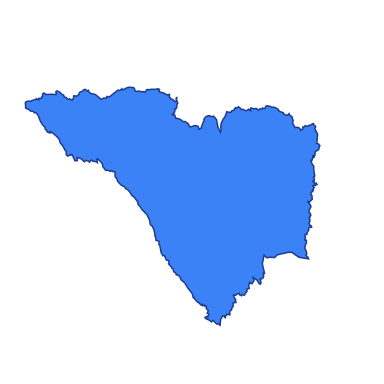 the district of Fenoarivobe, Bongolava, Madagascar, rotated 164°
{"feature_id": "10022922B23923498940873", "entity_name": "Fenoarivobe", "entity_type": "district", "adm_level": 2, "iso_a3": "MDG", "parent_name": "Madagascar", "parent_adm1": "Bongolava", "projection": "equal_earth", "projection_center": [46.41, -18.242], "detail": "fine", "context": "isolated", "style": "filled", "palette": "blue", "viewbox_px": 384, "rotation_deg": 164, "n_neighbors": 0, "source": "geoboundaries", "source_scale": "gbopen_adm2", "svg_char_len": 5943}
<svg xmlns="http://www.w3.org/2000/svg" viewBox="0 0 384 384"><g transform="rotate(164 192 192)"><path d="M211.4,64.8L209.0,61.7L207.3,62.9L206.9,62.7L204.9,58.6L204.4,58.1L202.6,58.0L202.4,56.8L201.8,56.1L199.4,62.0L198.2,62.7L197.5,63.9L196.6,64.5L195.8,64.2L194.7,62.0L194.4,62.3L194.1,64.0L192.8,63.9L192.0,65.0L189.6,63.5L189.0,64.3L189.1,65.8L188.0,67.4L186.5,67.7L185.5,69.8L183.8,70.8L183.4,73.7L181.6,74.0L180.3,73.6L180.0,74.2L180.4,75.1L179.7,76.4L180.7,80.1L180.7,81.1L180.3,81.5L178.6,80.7L177.8,81.2L174.6,81.6L174.4,79.7L173.5,79.5L173.1,78.7L172.2,79.5L170.4,78.4L169.7,78.6L168.4,80.2L166.6,81.1L166.2,83.4L163.6,83.6L163.2,86.7L161.4,89.3L160.5,87.7L159.6,87.3L157.0,89.5L156.7,93.1L154.9,90.5L153.9,89.8L152.6,85.0L151.5,84.6L150.5,86.4L150.5,89.5L149.1,89.3L147.4,89.8L146.4,91.1L145.8,94.3L144.7,93.8L144.2,103.6L140.1,111.4L138.1,108.1L134.9,107.8L130.6,106.2L127.4,108.1L116.5,107.5L112.8,106.6L107.2,99.8L98.4,95.6L98.5,97.2L99.9,99.6L98.7,101.0L98.5,104.4L99.1,106.3L98.7,107.7L97.0,110.8L96.0,111.6L95.4,113.8L95.5,114.3L96.7,114.5L96.8,115.1L95.5,117.0L95.4,119.4L94.8,120.0L93.3,119.5L92.7,120.9L90.1,123.5L90.0,124.9L89.3,125.6L88.0,125.6L86.8,125.1L86.5,125.4L87.0,127.1L87.7,127.3L88.1,128.1L88.0,130.3L86.9,131.0L86.9,132.0L86.2,132.8L86.6,134.9L85.2,135.5L85.0,136.2L84.2,136.9L84.2,138.9L85.2,139.7L84.5,142.1L81.7,145.0L81.8,147.4L83.5,150.5L82.8,151.0L81.7,150.1L78.4,151.9L77.7,155.6L78.4,157.2L78.0,158.2L76.5,159.2L75.8,159.2L76.0,160.4L75.5,160.8L74.8,160.5L74.3,162.1L73.2,162.7L74.2,164.5L73.8,165.0L73.0,165.1L71.5,164.2L70.7,165.3L69.8,164.9L70.1,166.3L72.1,166.8L72.1,167.8L72.9,168.7L72.6,169.2L71.6,168.8L70.7,170.8L71.2,172.9L70.6,173.3L69.9,173.1L69.5,174.2L68.8,180.1L67.8,183.2L68.9,186.2L69.0,189.6L67.6,189.6L67.4,190.7L66.7,191.0L65.7,193.6L65.2,193.4L65.3,191.9L65.0,191.8L64.6,192.9L63.7,193.4L62.6,196.5L60.6,197.4L58.9,197.5L56.3,201.4L57.1,203.2L58.6,204.4L55.3,213.0L56.4,218.4L56.2,219.6L55.2,220.5L55.2,221.3L56.2,222.4L56.4,224.3L57.5,224.4L59.9,223.3L61.1,224.0L62.6,223.0L64.8,224.6L66.3,223.7L67.6,223.9L68.3,221.8L70.5,221.4L70.4,222.3L71.8,224.6L73.7,225.4L74.5,225.3L75.3,226.0L76.3,230.7L75.0,232.9L75.3,234.0L75.0,236.2L75.3,237.1L76.8,238.5L77.1,240.6L79.2,239.5L80.7,240.0L82.3,241.8L82.4,243.0L85.7,245.4L86.6,248.1L89.6,250.9L92.0,251.5L93.1,252.7L96.0,254.2L97.2,254.2L98.7,252.3L100.1,252.5L101.0,253.3L102.2,252.4L103.7,253.2L105.6,252.5L107.3,254.7L109.8,254.8L111.2,256.1L112.4,256.6L113.2,255.5L113.3,254.0L114.9,256.0L116.3,255.3L118.0,255.3L120.3,257.5L122.1,257.8L122.8,259.9L123.8,261.1L125.3,260.3L126.7,261.1L127.2,260.2L128.1,260.5L128.8,259.1L131.4,259.1L132.4,258.0L134.8,258.5L136.4,259.6L139.5,255.3L142.1,253.3L145.0,249.9L146.6,246.3L146.9,243.7L148.2,241.6L149.2,246.9L148.5,254.9L150.3,258.9L152.7,259.2L154.6,260.8L157.6,260.7L160.4,258.9L160.9,256.7L161.9,256.2L165.9,250.7L168.0,250.4L168.0,253.3L170.4,255.0L176.0,255.0L176.4,255.7L176.8,258.7L179.1,261.6L181.1,262.1L182.7,264.4L184.4,266.0L187.2,267.4L187.5,271.2L189.4,271.5L189.4,272.2L188.2,272.5L186.7,273.6L185.1,276.9L184.5,276.4L183.3,277.6L182.3,280.4L181.2,281.3L181.2,283.2L181.7,284.3L180.6,286.9L181.1,286.9L181.6,285.9L181.9,283.7L183.4,283.5L185.1,286.4L186.7,287.1L187.0,288.5L187.8,289.1L187.2,290.3L186.8,292.1L188.6,291.8L192.8,295.6L195.1,296.8L196.1,298.1L195.0,299.4L196.1,300.6L198.6,300.7L203.2,302.1L204.8,302.0L206.4,302.8L207.5,302.7L208.6,301.7L210.3,301.0L211.0,301.8L213.2,302.4L214.8,303.5L218.3,304.2L218.9,305.2L218.8,307.2L219.3,308.4L223.7,310.1L226.3,310.1L230.2,309.2L230.7,309.5L230.8,310.5L233.3,309.6L235.4,310.3L244.9,306.3L245.7,306.3L247.5,307.3L248.8,305.6L250.6,306.7L253.7,306.0L257.9,312.2L262.3,314.8L263.3,316.1L263.7,318.4L265.3,318.0L266.0,319.8L266.6,320.2L268.2,320.0L269.5,319.1L272.7,318.8L273.7,317.0L275.9,316.1L276.7,316.0L279.1,317.1L280.6,314.1L282.1,313.4L283.9,315.3L285.9,315.1L286.6,317.2L288.6,318.6L288.7,320.6L289.9,321.4L291.5,324.3L293.9,326.4L295.4,325.7L295.3,323.7L295.9,323.0L299.4,324.5L305.3,325.9L306.8,327.8L307.8,327.9L308.7,327.2L309.2,325.2L310.1,324.9L311.1,323.6L313.5,324.2L314.0,322.8L315.9,324.6L316.5,323.9L320.6,324.1L321.6,323.7L325.4,324.7L327.5,324.0L328.8,318.4L326.4,316.6L324.9,314.3L322.6,313.4L321.5,311.5L320.2,311.5L318.6,307.5L318.7,306.0L318.1,300.9L317.4,299.4L317.3,298.2L315.4,294.4L315.8,292.6L314.5,291.2L314.7,289.8L312.3,287.8L311.7,288.0L311.7,289.3L311.2,289.2L307.6,284.1L305.7,280.7L305.1,278.8L305.1,275.6L303.3,271.3L302.6,267.3L301.7,265.8L302.6,262.9L301.8,261.0L301.1,260.7L299.6,261.2L298.6,260.7L297.4,261.5L296.8,260.2L295.9,254.2L293.6,253.8L293.3,254.3L293.3,256.4L292.5,256.6L289.5,254.6L287.2,250.8L285.0,251.6L283.1,250.2L282.2,248.9L281.1,250.0L279.5,250.4L279.0,249.1L275.6,247.4L274.9,246.4L274.5,249.6L273.6,250.0L270.8,245.0L270.4,243.0L270.7,240.9L269.0,236.6L266.5,235.9L264.7,234.2L263.3,234.7L262.4,233.3L261.4,233.1L260.5,232.3L261.5,228.8L261.6,227.2L260.7,225.7L260.4,222.4L258.6,218.8L257.6,217.5L255.5,215.7L254.7,213.3L253.4,212.3L251.9,209.5L250.7,205.1L248.8,202.7L247.9,199.9L247.3,199.4L247.3,197.9L246.7,197.0L247.2,195.8L247.2,194.8L245.5,191.2L245.2,189.4L241.5,182.5L240.6,177.0L241.0,172.0L239.7,170.3L239.1,167.4L239.1,162.8L239.7,160.5L239.5,158.1L239.9,155.3L237.9,154.3L237.2,153.4L238.3,150.6L237.7,149.3L238.4,142.0L237.8,140.6L237.7,138.9L236.0,138.4L235.4,133.6L233.5,132.7L233.3,130.8L234.4,129.4L232.4,125.3L232.3,124.2L231.4,123.2L231.6,120.4L230.6,119.6L230.0,118.3L229.9,116.6L228.6,116.2L227.5,114.7L227.0,113.4L226.7,110.6L224.0,106.5L222.5,100.9L219.9,94.5L219.7,92.2L220.0,90.6L219.2,90.1L219.4,89.3L218.1,87.2L218.0,86.3L216.5,83.9L215.3,83.0L215.1,81.7L214.2,80.6L213.2,81.3L212.9,79.7L211.5,79.9L211.4,78.9L210.2,79.0L209.7,78.2L210.4,76.3L209.0,73.3L210.8,71.4L209.7,70.6L209.9,69.3L210.7,68.8L211.3,67.2L212.5,68.3L214.0,68.0L214.2,67.5L212.8,65.6L211.4,64.8Z" fill="#3b82f6" stroke="#1e3a8a" stroke-width="1.5"/></g></svg>